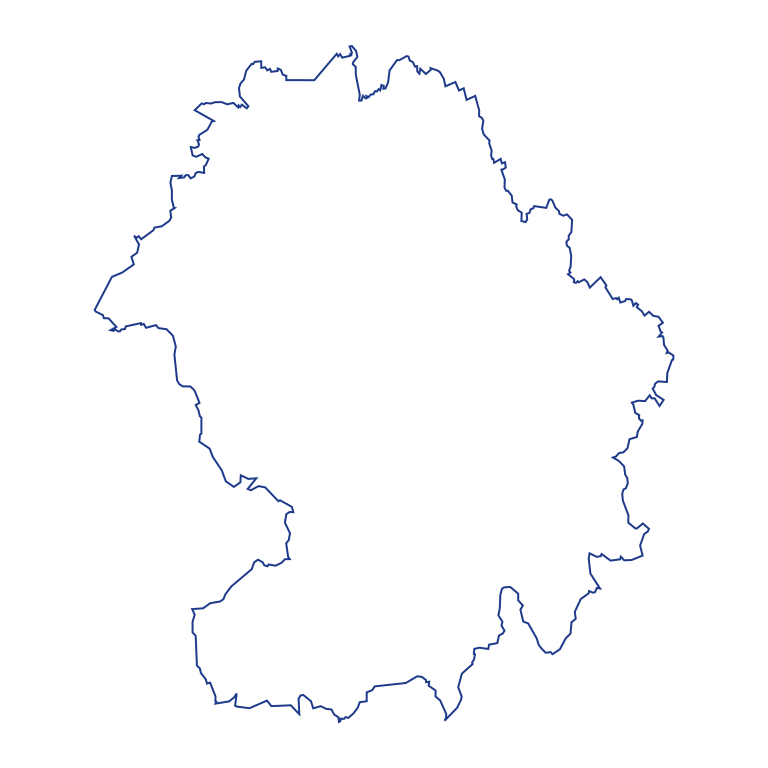 Chignahuapan, Puebla, Mexico (Equal Earth projection)
{"feature_id": "50627088B41950768169543", "entity_name": "Chignahuapan", "entity_type": "district", "adm_level": 2, "iso_a3": "MEX", "parent_name": "Mexico", "parent_adm1": "Puebla", "projection": "equal_earth", "projection_center": [-98.119, 19.821], "detail": "fine", "context": "isolated", "style": "outline", "palette": "blue", "viewbox_px": 768, "rotation_deg": 0, "n_neighbors": 0, "source": "geoboundaries", "source_scale": "gbopen_adm2", "svg_char_len": 6047}
<svg xmlns="http://www.w3.org/2000/svg" viewBox="0 0 768 768"><path d="M192.2,609.1L194.7,614.8L192.5,622.0L192.6,632.5L195.7,635.8L196.9,665.6L199.8,668.4L201.0,673.1L205.8,679.3L207.0,683.6L210.1,682.6L215.5,696.4L215.4,701.1L216.3,701.6L215.5,703.6L229.1,701.4L233.9,697.6L236.7,693.5L235.1,705.7L236.8,706.6L249.5,708.2L267.0,700.6L271.4,706.1L290.8,705.3L299.3,714.2L298.6,698.9L300.6,695.4L303.3,695.0L311.0,701.2L313.2,708.3L320.8,706.2L326.0,708.8L331.5,709.5L334.1,714.5L338.4,717.3L339.0,721.9L340.4,721.1L340.7,718.6L343.9,718.9L345.5,717.1L348.3,717.9L353.5,713.4L357.7,707.7L359.8,702.2L366.7,701.2L366.7,692.4L372.3,690.1L374.7,686.4L405.8,683.0L417.2,676.3L421.8,676.9L425.9,679.9L426.1,682.2L429.2,681.7L428.6,685.7L435.6,690.5L435.5,696.4L440.2,700.5L446.2,713.8L446.1,717.6L444.6,720.7L457.1,707.8L461.1,699.6L461.7,696.5L458.2,687.2L461.9,673.6L472.6,664.1L472.1,662.4L473.9,659.7L475.0,654.3L473.8,653.8L474.4,648.8L479.6,647.7L488.3,649.0L489.0,644.7L497.3,643.1L499.0,635.5L502.8,633.5L504.5,630.7L501.5,625.6L502.4,621.7L498.4,615.3L499.8,608.3L500.3,595.2L501.9,588.8L504.3,587.3L510.3,587.0L518.2,593.7L518.2,600.4L522.9,605.5L520.4,609.7L523.3,621.6L528.2,623.4L536.8,638.6L538.7,644.9L542.1,649.2L545.8,652.8L550.5,652.1L552.5,654.2L559.9,649.3L565.7,638.4L570.5,633.6L571.5,622.3L575.7,618.8L574.8,611.8L580.8,599.0L588.6,593.4L589.1,591.1L593.1,592.7L595.0,592.1L596.9,587.9L600.0,588.5L590.4,573.6L588.7,558.4L589.6,553.3L596.6,556.8L600.7,556.2L601.6,554.0L610.6,560.6L620.1,559.3L620.9,556.7L624.2,560.3L631.7,560.0L642.6,555.6L640.1,545.6L644.2,534.0L647.7,531.6L649.0,528.8L642.8,523.5L636.8,528.5L635.3,528.4L628.3,522.7L628.4,515.3L622.9,500.6L622.2,493.8L623.5,489.5L625.9,488.2L627.8,483.4L627.3,478.2L625.2,474.5L624.1,466.4L618.9,461.0L613.0,457.5L616.1,456.4L619.1,453.0L623.3,452.4L627.5,448.2L629.5,439.2L636.9,437.0L637.7,431.7L642.4,423.7L642.5,420.3L641.1,420.8L638.9,418.3L639.2,415.1L635.2,412.8L633.4,404.8L631.9,402.6L638.2,400.7L645.1,401.1L649.7,395.3L651.7,398.4L654.6,398.3L659.5,406.0L663.6,399.9L656.2,395.1L652.7,388.5L654.3,387.0L655.1,383.7L658.1,381.4L666.9,382.0L667.3,373.0L671.9,360.2L673.3,359.5L673.3,355.4L668.6,352.4L666.7,353.0L667.6,350.6L664.0,344.8L663.4,337.3L662.6,336.1L658.7,336.6L662.1,332.5L660.5,331.2L658.6,325.8L662.9,322.7L658.5,316.8L653.2,315.8L649.1,311.8L644.5,315.6L641.8,311.2L636.8,307.2L638.1,304.6L635.8,303.1L633.4,305.8L631.8,300.3L630.5,299.3L626.1,299.0L625.1,301.1L620.3,302.5L618.8,297.7L617.2,299.3L616.2,298.1L612.7,299.0L605.4,287.4L606.4,285.4L600.6,277.2L589.8,287.6L587.4,282.2L584.3,279.4L578.7,282.3L577.7,281.2L575.9,282.9L573.8,282.2L574.3,279.9L573.4,278.5L568.0,274.2L570.4,272.5L569.1,270.7L570.6,266.7L571.2,255.8L569.6,247.8L566.9,245.7L566.4,241.7L568.7,239.4L568.7,235.8L571.4,232.0L572.1,219.8L567.0,214.4L563.3,215.7L559.4,213.8L559.0,211.1L555.4,207.7L552.4,200.6L550.8,199.3L549.2,199.9L546.3,207.9L534.1,206.1L533.4,208.2L530.6,209.3L529.5,212.8L526.6,213.9L527.2,219.4L525.6,222.1L521.4,221.0L521.7,212.7L517.7,210.1L516.2,206.4L516.7,204.5L512.5,202.5L511.7,195.6L507.9,190.8L506.1,190.8L504.5,187.5L504.8,179.4L501.1,169.0L502.1,169.9L505.8,167.6L505.0,162.2L501.9,163.4L500.7,158.9L494.1,162.8L493.4,159.0L492.2,158.9L491.1,155.7L491.6,150.5L489.2,143.2L489.6,140.6L483.7,134.4L482.1,128.6L483.4,120.8L481.9,117.9L479.1,116.3L479.2,110.4L475.2,95.9L466.6,99.9L463.7,88.3L459.0,90.5L455.4,82.0L445.4,86.3L443.8,78.7L439.8,72.0L437.4,70.5L430.6,68.1L430.9,69.7L425.9,74.0L420.3,68.7L419.4,73.7L417.3,71.4L417.1,66.1L415.0,66.7L412.8,62.0L409.8,60.6L408.5,56.6L406.6,56.1L399.3,60.2L397.0,60.1L389.6,70.4L388.1,82.4L385.5,88.5L383.3,88.7L383.8,85.9L381.5,85.0L380.2,90.3L378.7,89.1L376.8,91.5L375.1,91.1L373.3,94.3L370.8,94.5L368.6,97.1L366.6,96.1L367.2,97.8L365.7,98.5L363.0,95.7L361.4,100.6L359.1,100.6L359.8,94.9L355.8,74.7L355.7,66.8L352.8,64.2L353.0,62.5L357.4,56.9L356.1,51.0L351.9,46.1L349.6,46.4L352.0,52.9L350.2,54.1L351.3,55.0L350.5,55.7L342.2,57.6L340.1,54.1L338.2,56.4L336.7,53.8L314.3,80.2L286.3,80.1L286.3,75.9L282.7,74.6L280.9,69.9L277.8,68.5L277.6,71.0L271.3,71.8L270.0,68.9L267.3,70.4L265.2,67.3L261.3,67.9L261.2,61.3L254.8,61.8L253.1,64.1L251.6,63.9L246.2,70.8L244.0,79.5L240.5,83.5L239.0,88.0L239.9,96.5L248.4,106.2L246.7,108.3L241.8,104.7L240.1,107.1L238.7,105.5L238.1,107.4L233.4,102.9L227.3,104.3L221.6,102.1L215.0,102.2L211.2,103.5L205.7,103.0L204.1,104.3L201.7,103.4L194.7,110.2L213.8,121.0L211.9,121.4L207.4,129.8L199.3,134.9L198.5,136.5L199.5,140.1L197.4,140.2L199.0,144.3L198.2,146.6L194.7,147.9L190.8,147.0L192.6,155.4L196.3,156.8L202.3,154.0L205.3,157.3L208.7,158.7L205.9,164.9L203.9,166.6L204.2,172.9L198.3,171.9L195.6,173.2L194.4,176.5L190.6,178.4L188.3,175.1L185.5,175.3L184.2,177.4L179.1,178.0L181.3,175.7L171.9,176.0L170.4,182.5L171.9,190.6L171.9,199.8L173.8,207.6L174.8,207.9L170.3,210.8L171.2,217.5L169.4,220.8L161.7,226.3L154.5,227.6L153.4,230.2L141.1,239.3L138.8,236.2L136.7,237.7L134.1,235.8L139.0,244.3L137.2,252.7L131.4,256.8L133.8,264.4L122.3,272.5L111.9,276.9L94.7,309.9L95.6,311.5L102.9,315.1L103.9,318.2L108.5,318.3L116.4,326.9L110.6,330.2L113.6,330.9L115.1,329.3L118.3,331.5L120.1,331.2L121.3,329.5L125.0,329.0L125.8,326.4L140.9,323.1L141.1,324.8L143.7,323.9L146.1,327.8L156.0,325.1L158.5,328.1L166.5,329.2L169.5,332.2L172.9,335.7L175.8,346.6L174.4,354.6L177.1,380.4L179.3,384.2L182.9,386.4L190.1,386.4L193.0,388.8L194.8,391.0L199.5,402.9L195.7,405.1L198.6,410.6L199.8,416.1L201.4,417.6L201.4,433.6L200.0,434.7L199.3,441.7L209.6,448.6L212.9,457.1L221.8,470.4L225.8,481.3L233.9,486.9L240.4,482.3L240.8,475.3L248.4,478.9L256.3,478.3L247.7,488.9L250.8,490.3L258.6,486.1L265.2,487.4L278.4,501.2L280.0,500.3L291.9,506.9L293.3,512.2L289.6,512.0L286.3,514.2L284.9,522.6L290.0,533.3L288.8,540.0L286.2,543.3L288.1,556.7L289.7,559.1L285.0,559.2L281.4,562.9L275.5,565.7L268.6,564.5L267.4,566.3L264.3,565.3L262.6,562.2L258.0,559.7L254.2,562.3L251.7,569.2L231.4,586.3L225.2,594.6L223.4,599.2L220.1,601.5L210.2,603.2L203.1,608.3L192.2,609.1Z" fill="none" stroke="#1e3a8a" stroke-width="2"/></svg>